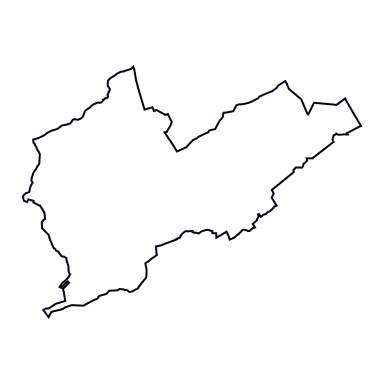 Variešu pag., Krustpils, Latvia
{"feature_id": "27541924B55912834696629", "entity_name": "Variešu pag.", "entity_type": "district", "adm_level": 2, "iso_a3": "LVA", "parent_name": "Latvia", "parent_adm1": "Krustpils", "projection": "albers", "projection_center": [25.991, 56.596], "detail": "fine", "context": "isolated", "style": "outline", "palette": "ink", "viewbox_px": 384, "rotation_deg": 0, "n_neighbors": 0, "source": "geoboundaries", "source_scale": "gbopen_adm2", "svg_char_len": 5747}
<svg xmlns="http://www.w3.org/2000/svg" viewBox="0 0 384 384"><path d="M43.3,309.8L43.4,310.1L48.6,317.2L51.2,312.2L51.3,312.1L53.2,311.3L62.2,309.3L65.4,307.2L71.9,305.1L83.5,305.7L83.9,305.4L90.7,301.7L94.4,299.8L97.6,298.6L97.8,298.4L98.7,296.4L99.0,296.0L106.2,293.9L107.4,292.8L109.3,290.7L109.8,290.8L110.7,290.7L117.3,290.3L119.5,289.0L123.6,289.4L125.0,290.2L126.5,290.0L127.0,290.1L127.6,290.4L128.5,291.3L129.3,291.9L131.1,291.7L131.7,291.6L134.8,290.0L137.9,288.4L138.6,287.2L141.2,283.6L146.1,277.7L146.4,275.9L146.6,271.2L146.6,270.0L146.1,267.0L145.7,265.4L145.4,263.5L145.6,262.9L148.4,261.4L150.6,259.4L152.5,257.9L153.4,257.5L155.4,256.2L156.9,255.0L156.5,253.6L156.0,246.4L157.6,246.1L161.0,245.4L165.3,243.6L166.3,243.2L166.5,243.2L167.0,243.0L177.0,239.3L176.7,238.7L180.1,237.6L180.3,237.0L180.3,236.5L180.5,235.8L181.2,234.9L182.0,234.0L184.6,231.8L185.1,231.5L185.7,231.2L187.3,231.2L188.6,231.4L189.5,231.1L190.6,231.1L192.0,230.8L192.5,230.9L192.7,231.0L192.8,231.2L192.6,232.2L193.8,232.6L195.6,232.8L196.7,232.8L198.4,233.4L199.0,233.3L202.2,230.9L202.9,230.9L207.0,229.8L208.6,230.1L210.2,230.5L212.3,231.1L212.3,232.4L212.4,233.2L216.2,233.2L216.4,237.8L226.5,231.7L228.3,235.3L229.2,238.1L229.7,239.6L234.3,237.6L236.8,235.4L238.6,234.1L239.1,233.6L239.8,232.8L241.3,231.4L242.4,230.1L242.6,229.9L242.9,229.8L243.7,229.8L245.2,229.9L246.0,230.0L247.2,230.7L247.9,230.9L249.1,231.0L249.8,230.8L250.0,230.7L250.5,230.1L252.7,228.3L253.2,228.0L255.0,227.5L252.8,223.9L256.5,220.7L257.3,218.8L257.8,217.9L258.5,216.6L258.3,215.4L258.0,214.4L259.0,214.1L259.3,214.6L260.9,216.8L263.5,214.7L265.8,214.0L267.4,212.3L270.1,211.1L273.1,208.3L274.3,206.5L275.6,206.2L276.6,205.7L273.8,201.1L271.7,197.5L273.7,193.5L271.8,189.9L292.7,173.0L293.7,172.1L293.7,171.8L293.4,169.9L294.2,169.4L295.8,167.5L302.0,167.6L303.3,165.6L303.5,163.9L304.9,162.9L307.1,160.6L306.6,158.4L312.6,158.3L312.6,158.1L333.6,141.9L332.8,140.3L332.6,139.8L332.6,139.4L332.9,138.0L333.7,135.2L335.5,134.5L336.2,133.6L336.8,134.1L337.2,134.2L338.7,134.8L344.3,134.4L347.6,134.5L346.9,133.2L359.0,126.8L361.0,125.9L358.5,121.8L356.3,117.8L355.2,116.3L354.0,114.3L352.6,111.7L347.3,102.5L345.6,99.5L345.0,98.5L337.4,104.2L336.4,104.9L335.1,104.8L333.0,104.5L314.0,102.8L308.3,114.4L307.4,113.9L307.1,113.2L301.7,100.3L301.3,99.4L288.9,88.9L287.0,84.5L286.9,84.3L287.1,84.1L285.2,81.1L278.0,85.7L276.9,87.7L272.1,91.2L263.7,94.6L259.4,96.6L258.0,98.4L256.2,99.2L252.0,101.5L248.7,102.8L244.3,103.9L242.4,104.2L239.1,104.4L236.5,105.2L233.3,111.2L226.6,112.5L223.9,112.7L223.6,112.8L222.5,117.5L219.3,121.2L215.1,129.1L209.9,130.3L209.1,130.6L208.2,132.4L206.3,133.1L198.5,136.8L196.7,138.3L192.8,140.2L186.3,147.2L177.0,151.5L173.1,145.2L164.6,132.3L166.8,131.9L167.3,130.7L170.8,124.9L171.5,122.8L171.8,122.0L170.3,119.0L168.7,116.0L167.8,114.0L165.3,114.9L160.7,112.3L160.0,112.0L156.6,110.0L153.9,111.0L153.8,110.7L152.9,108.2L152.4,107.3L144.6,109.6L143.3,105.5L138.7,89.9L138.6,89.7L138.1,87.9L137.5,85.4L136.0,80.2L136.0,79.7L135.3,75.6L134.2,69.2L134.0,68.4L133.3,67.7L133.2,66.8L131.3,68.5L130.5,69.1L125.4,70.7L123.8,71.4L123.1,71.6L122.0,71.6L121.1,71.7L119.7,72.3L117.9,73.2L114.4,75.7L112.9,76.6L110.8,78.0L109.1,79.3L108.2,80.5L108.0,81.1L107.9,81.5L107.7,85.7L108.0,86.4L109.4,88.2L109.8,89.0L109.8,90.0L109.5,90.7L108.8,91.6L108.7,91.8L109.0,92.1L108.1,93.7L107.6,94.4L107.5,94.8L107.5,95.1L107.6,95.7L107.8,96.0L108.1,96.1L108.1,96.4L108.1,96.7L107.6,96.9L107.6,97.0L107.5,97.4L107.5,97.5L107.4,97.9L107.1,98.1L106.4,98.1L106.2,98.2L105.8,98.3L105.5,98.4L105.4,98.3L105.2,98.4L105.3,98.5L104.9,98.7L104.6,98.6L104.5,98.9L104.2,99.1L103.7,99.6L103.5,100.1L102.8,100.0L102.8,100.7L102.7,101.0L102.5,101.4L101.9,101.9L101.1,102.5L100.5,102.7L99.5,102.8L98.3,102.5L97.4,102.6L92.6,104.9L91.7,105.7L90.5,107.0L89.1,108.1L86.1,110.0L85.2,110.8L84.9,111.3L84.7,111.9L84.4,112.9L83.0,116.3L82.4,117.2L81.9,117.7L81.1,118.3L79.1,119.3L78.6,119.6L78.1,119.7L77.4,119.7L74.6,119.2L73.9,119.3L73.3,119.5L72.7,120.0L72.2,120.6L71.3,122.1L70.8,122.8L70.0,123.5L68.4,124.1L67.0,124.5L65.9,124.8L64.1,125.0L62.1,125.5L61.6,125.8L58.9,127.8L57.3,128.9L55.5,129.6L52.3,130.4L50.9,131.0L47.9,132.5L46.9,133.2L44.5,135.1L42.7,136.0L41.7,136.5L39.5,137.6L38.5,138.0L34.5,139.2L33.2,139.5L33.4,142.5L34.9,144.1L35.0,144.7L35.2,145.5L36.2,146.8L37.2,149.3L37.7,150.2L38.2,150.9L38.4,151.3L38.6,151.5L39.0,152.3L39.0,152.6L39.4,153.1L39.8,154.2L39.8,155.7L39.4,160.5L39.4,162.8L38.7,164.6L37.3,166.4L36.9,167.3L36.1,169.0L35.0,170.4L34.9,170.4L34.6,170.8L33.9,172.0L33.0,173.7L32.8,174.7L31.8,177.8L31.4,179.6L31.4,180.3L31.5,180.7L31.7,181.3L32.4,182.3L32.5,182.6L32.5,183.1L32.2,183.2L30.2,187.2L29.7,190.1L29.3,192.0L25.6,193.4L23.5,195.4L23.0,197.0L23.5,199.1L23.6,200.0L24.3,201.1L25.0,201.2L27.0,202.1L28.1,200.1L28.4,199.4L31.1,200.2L31.3,200.2L33.6,200.8L33.4,202.5L39.6,205.6L40.0,205.5L42.9,210.2L43.7,211.6L43.9,212.2L44.4,212.5L45.1,219.0L43.7,219.5L43.6,220.1L43.4,220.6L42.9,221.0L42.0,221.5L41.8,221.9L41.8,222.2L42.0,228.1L46.6,232.8L48.6,234.9L49.6,238.1L49.6,238.3L50.4,240.6L51.4,242.7L51.7,243.5L53.8,248.4L54.5,248.5L54.8,248.6L55.1,248.9L55.8,250.2L56.2,250.7L58.4,251.6L58.6,252.2L59.1,253.0L59.5,253.3L59.9,254.1L60.2,254.7L60.9,255.2L61.0,255.4L61.6,256.3L61.9,256.5L62.3,256.6L63.1,256.5L64.6,256.9L66.0,258.0L66.5,258.2L66.6,260.8L66.9,261.1L67.6,263.6L68.4,265.9L68.7,272.1L69.2,273.0L69.5,273.4L69.9,274.2L70.1,274.3L69.7,275.1L68.5,277.2L67.4,278.4L65.5,280.4L63.5,282.1L62.1,283.0L60.5,285.7L59.8,286.6L59.6,287.1L61.1,287.8L64.8,284.0L67.8,281.4L69.1,282.9L62.9,288.9L63.5,290.7L65.3,300.9L57.1,303.4L55.5,304.0L54.7,304.4L51.3,306.8L48.7,308.5L47.8,308.6L46.1,308.5L43.3,309.8Z" fill="none" stroke="#020617" stroke-width="2"/></svg>